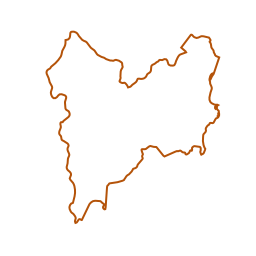 SVG path tracing the border of Anzoátegui, rotated 98°
{"feature_id": "VEN-40", "entity_name": "Anzoátegui", "entity_type": "State", "adm_level": 1, "iso_a3": "VEN", "parent_name": "Venezuela", "parent_adm1": "", "projection": "orthographic", "projection_center": [-64.438, 8.961], "detail": "fine", "context": "isolated", "style": "outline", "palette": "amber", "viewbox_px": 256, "rotation_deg": 98, "n_neighbors": 0, "source": "natural_earth", "source_scale": "10m", "svg_char_len": 5741}
<svg xmlns="http://www.w3.org/2000/svg" viewBox="0 0 256 256"><g transform="rotate(98 128 128)"><path d="M45.4,47.5L62.5,50.7L65.3,52.1L67.7,52.8L68.5,53.1L68.5,53.5L63.4,51.9L62.1,51.6L62.7,52.6L63.9,53.3L65.3,53.8L68.2,54.1L68.9,54.0L69.6,53.8L70.7,53.2L72.7,52.8L75.1,51.3L76.3,50.7L77.6,50.5L81.3,51.2L86.3,51.6L88.8,51.2L90.7,50.1L91.5,49.1L92.0,48.1L92.8,45.6L92.8,44.6L92.5,42.8L92.8,41.9L93.3,42.5L94.0,42.8L94.7,42.9L95.5,42.8L95.1,43.5L94.8,43.7L94.2,43.8L94.9,44.7L96.1,44.6L96.8,44.0L96.0,43.3L96.8,42.7L98.5,40.5L99.5,40.3L101.4,39.7L102.5,39.6L102.3,40.0L102.0,40.5L103.0,40.3L103.4,40.1L103.8,40.9L104.2,40.8L104.7,40.3L104.9,40.2L105.8,41.3L106.3,42.2L107.5,42.8L110.3,43.8L111.0,44.2L111.4,44.9L111.4,45.4L111.4,46.7L111.6,47.4L111.9,47.7L112.4,47.9L113.1,48.0L113.6,48.4L113.9,48.7L114.0,49.0L115.0,49.8L116.9,50.7L117.6,50.9L118.5,50.8L119.8,50.4L120.3,50.5L121.0,50.6L122.9,51.8L123.4,52.2L124.3,52.5L126.4,52.4L130.5,52.0L134.4,50.8L136.8,49.5L137.8,48.6L138.3,48.6L139.1,48.7L142.2,49.5L143.0,50.0L144.2,51.7L143.7,52.1L141.9,53.0L141.6,53.1L140.0,52.9L138.3,53.1L137.6,53.3L137.1,53.7L136.9,53.9L136.7,54.3L136.7,59.5L136.8,60.0L137.2,60.6L138.0,61.4L138.5,61.7L139.0,61.8L140.4,61.5L141.0,61.5L141.6,61.7L141.7,62.0L141.4,62.7L141.5,63.0L141.9,63.4L143.6,63.9L144.2,64.2L144.5,64.4L145.8,65.9L146.0,66.2L146.1,66.6L146.0,67.2L145.7,67.5L144.7,67.9L144.5,68.2L144.4,68.6L144.5,70.0L144.4,70.5L144.2,71.0L143.3,72.4L143.1,73.1L143.2,73.5L144.0,75.0L144.1,75.7L144.0,76.2L144.7,77.6L151.1,87.9L150.8,88.5L150.5,89.1L143.1,97.0L142.9,97.4L143.1,99.9L142.7,103.3L143.0,104.0L143.6,104.8L146.2,107.3L146.6,108.2L147.0,111.1L147.2,111.3L147.4,111.5L147.9,111.5L148.6,111.3L150.8,110.2L151.6,109.7L152.0,109.6L153.3,110.0L153.8,110.1L154.3,110.0L154.6,109.9L155.5,109.4L156.2,109.2L157.0,109.5L162.3,112.9L163.4,113.4L164.8,113.6L165.5,113.9L166.3,114.6L166.9,115.5L167.6,117.0L167.9,117.3L169.4,117.8L170.7,118.4L173.8,120.6L174.1,121.0L174.7,121.8L175.2,122.3L176.2,123.0L178.0,123.8L178.9,124.3L180.0,124.7L180.9,125.9L183.1,130.8L185.4,138.5L185.7,138.9L187.0,139.5L187.4,139.8L187.9,140.3L188.7,140.5L190.0,140.5L209.7,139.1L211.5,139.2L211.8,140.0L211.5,140.6L211.1,141.1L210.6,141.5L209.9,141.7L209.5,141.7L207.8,141.1L207.4,141.1L206.7,141.3L206.5,141.5L205.9,142.8L204.4,144.9L204.3,145.3L204.6,150.1L204.9,151.3L205.4,152.6L206.7,154.1L207.9,155.0L208.9,155.6L225.5,160.9L225.6,161.2L225.5,161.5L225.1,162.4L225.0,162.8L225.0,163.3L225.2,163.7L225.6,164.1L228.1,165.3L228.8,165.8L229.3,166.8L228.6,167.2L227.8,167.5L227.0,167.5L225.4,167.3L224.5,167.2L223.6,167.6L222.7,168.2L221.1,169.7L220.6,170.3L219.8,171.8L219.3,172.5L218.6,173.1L216.4,174.5L214.5,175.0L212.5,174.7L210.8,173.8L209.8,172.1L203.1,171.4L199.7,171.4L196.5,171.9L193.0,173.0L191.4,173.8L190.0,174.8L187.3,177.9L186.0,178.7L182.5,177.9L181.3,178.1L180.3,178.7L179.4,179.7L178.2,181.6L177.4,182.4L176.4,183.0L175.2,183.3L171.4,182.9L167.0,183.2L165.6,183.0L164.4,182.6L163.3,182.4L162.3,182.5L161.1,183.1L159.2,184.3L158.1,184.8L157.1,185.0L155.8,184.9L154.7,184.5L153.6,184.4L152.5,184.9L151.7,185.8L149.8,189.9L149.3,191.4L148.7,192.1L147.9,192.4L146.3,192.9L145.5,193.2L145.0,193.7L144.1,194.7L143.6,195.1L142.9,195.4L142.2,195.5L140.8,195.5L137.9,194.8L136.5,194.6L135.0,195.0L133.7,195.5L132.5,195.6L131.6,195.1L131.3,193.5L130.5,193.2L129.7,192.6L125.4,188.5L124.1,187.8L123.1,187.6L121.9,187.8L120.8,188.3L119.9,188.9L119.4,189.7L118.7,191.4L118.1,192.2L117.2,192.7L111.8,193.9L110.7,194.0L106.9,193.4L105.7,193.6L104.8,194.4L104.4,195.3L103.8,198.4L104.2,200.4L105.5,201.6L107.2,202.6L108.5,204.0L108.8,205.9L107.6,207.5L105.7,208.7L103.9,209.3L102.7,209.3L99.2,208.7L98.1,208.8L97.1,209.3L93.6,211.9L89.7,213.5L85.7,216.0L84.5,216.4L83.2,216.4L82.2,216.0L81.3,215.3L79.8,213.4L78.0,212.6L73.9,208.9L70.4,206.5L66.6,204.5L64.7,204.1L60.7,203.8L56.7,202.3L54.9,201.8L53.0,201.7L49.6,202.1L49.4,201.5L48.9,200.2L48.7,199.7L48.2,199.3L47.4,198.6L45.9,198.2L44.2,198.2L42.1,198.3L41.6,198.2L41.0,197.9L40.8,197.7L40.5,197.1L40.2,195.5L40.2,194.6L40.4,193.8L40.7,192.7L41.3,191.6L42.3,190.6L43.3,189.8L43.8,189.4L47.1,185.6L48.0,183.3L48.2,182.1L49.0,180.7L53.3,176.4L54.0,175.5L55.7,172.3L56.2,171.7L59.1,169.1L59.8,168.2L61.3,164.1L61.7,161.7L62.0,160.9L62.8,159.3L63.6,155.4L63.6,154.6L63.5,153.8L63.5,152.1L63.4,151.8L62.4,150.1L62.2,149.3L62.6,146.4L63.9,143.6L64.5,143.0L64.9,142.8L66.6,142.4L67.9,141.9L68.3,141.8L68.9,141.9L71.0,142.7L71.5,142.9L73.1,143.1L77.9,142.7L78.9,142.4L79.7,142.3L81.0,142.5L82.1,142.8L82.8,142.9L83.2,142.7L83.6,142.2L84.1,140.8L84.2,140.0L84.2,139.4L83.7,138.0L83.7,137.6L84.0,136.9L84.9,135.8L86.0,134.7L87.8,133.6L86.9,131.6L86.5,131.1L86.1,130.8L84.7,129.8L84.0,129.1L82.6,127.6L81.4,126.5L80.5,126.0L78.2,125.3L77.9,125.1L77.8,124.7L77.6,124.0L77.6,122.0L77.4,121.0L76.9,119.6L76.6,119.1L76.2,118.6L75.3,117.7L74.2,117.1L72.3,116.5L71.8,116.2L70.0,114.2L69.5,113.8L68.8,113.5L68.0,113.3L63.7,113.5L63.3,113.4L62.7,113.1L62.1,112.6L60.9,110.8L60.0,109.8L59.0,109.0L58.4,108.2L57.9,107.4L57.5,107.1L56.7,106.7L56.4,106.4L56.2,106.1L56.1,105.6L56.0,103.7L55.9,103.4L55.0,102.0L54.7,101.3L54.7,100.5L54.7,99.7L55.8,98.5L59.1,96.9L59.6,96.4L59.9,95.8L60.1,95.0L60.2,94.6L60.0,92.3L59.6,91.3L59.2,90.8L58.4,90.5L57.3,90.1L54.9,89.7L51.6,88.7L50.3,88.2L49.0,87.5L48.5,87.1L47.9,86.4L45.0,81.0L44.5,81.4L44.1,81.7L41.0,86.5L27.3,78.9L26.9,78.6L26.8,78.3L26.8,77.9L27.0,77.4L28.5,75.6L28.9,74.7L29.3,72.6L28.6,70.8L27.2,68.7L26.8,67.7L26.7,65.8L27.2,60.4L29.0,58.8L29.4,58.6L29.7,58.5L30.3,58.6L30.8,59.1L31.1,59.2L31.4,59.1L32.2,58.3L32.8,57.9L33.4,57.6L35.3,57.0L36.2,56.8L37.2,56.2L39.0,54.4L39.6,54.0L41.2,53.5L42.8,52.3L43.8,51.8L44.5,50.8L45.4,47.5Z" fill="none" stroke="#b45309" stroke-width="2"/></g></svg>